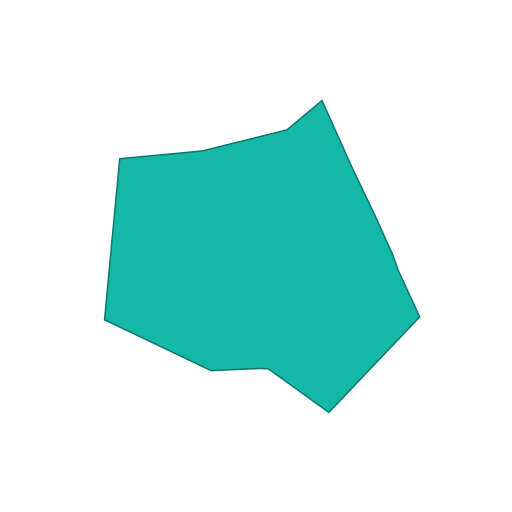 outline of Jargalant, Hovd, Mongolia, rotated 227°
{"feature_id": "93677404B42040735626844", "entity_name": "Jargalant", "entity_type": "district", "adm_level": 2, "iso_a3": "MNG", "parent_name": "Mongolia", "parent_adm1": "Hovd", "projection": "albers", "projection_center": [91.642, 48.006], "detail": "fine", "context": "isolated", "style": "filled", "palette": "teal", "viewbox_px": 512, "rotation_deg": 227, "n_neighbors": 0, "source": "geoboundaries", "source_scale": "gbopen_adm2", "svg_char_len": 361}
<svg xmlns="http://www.w3.org/2000/svg" viewBox="0 0 512 512"><g transform="rotate(227 256 256)"><path d="M345.6,138.8L312.6,101.7L202.8,145.0L170.8,182.5L164.9,188.1L91.9,202.6L99.8,334.2L148.7,350.3L163.0,356.6L205.5,371.0L255.5,386.7L324.7,410.3L327.2,364.6L369.6,288.2L420.1,222.7L345.6,138.8Z" fill="#14b8a6" stroke="#0f766e" stroke-width="1.5"/></g></svg>